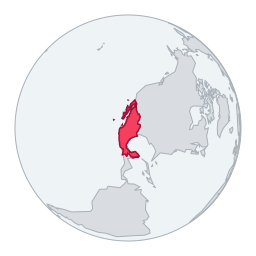 Mexico on an orthographic globe, rotated 64°
{"feature_id": "MEX", "entity_name": "Mexico", "entity_type": "country or territory", "adm_level": 0, "iso_a3": "MEX", "parent_name": "North America", "parent_adm1": "", "projection": "orthographic", "projection_center": [-103.635, 23.63], "detail": "fine", "context": "on_globe", "style": "filled", "palette": "rose", "viewbox_px": 256, "rotation_deg": 64, "n_neighbors": 0, "source": "natural_earth", "source_scale": "50m", "svg_char_len": 14128}
<svg xmlns="http://www.w3.org/2000/svg" viewBox="0 0 256 256"><g transform="rotate(64 128 128)"><circle cx="128" cy="128" r="113" fill="#eef3f6" stroke="#a8b0b8"/><path d="M22.8,166.8L23.1,167.6L22.8,166.8ZM175.9,153.4L173.4,152.7L171.2,156.3L162.2,152.5L158.5,146.5L128.2,138.5L124.6,135.2L123.7,129.6L109.5,111.3L117.5,128.7L112.8,125.4L108.3,119.2L109.9,117.6L105.7,108.5L100.9,104.9L97.6,93.4L101.0,79.2L103.1,81.5L103.7,78.1L101.1,75.1L99.3,74.1L97.9,60.9L90.3,53.8L85.0,54.9L88.4,52.3L76.5,57.0L70.6,56.8L79.1,55.1L81.3,53.5L78.2,52.2L79.8,50.3L79.2,48.7L81.4,46.7L86.2,46.3L87.7,45.1L85.4,44.2L86.1,42.0L89.3,43.3L90.9,39.6L99.3,38.9L106.0,45.4L112.4,44.5L124.0,50.0L124.8,48.3L129.6,49.7L132.3,48.3L133.7,50.1L134.6,47.5L132.8,46.2L132.6,44.8L134.0,43.9L136.0,45.9L135.6,46.6L136.9,46.7L137.4,48.1L137.9,47.0L140.2,49.7L140.0,45.9L143.6,47.1L144.6,49.2L141.7,50.4L136.9,59.5L137.0,62.6L140.0,65.4L151.4,67.3L152.7,70.4L156.4,73.5L157.0,70.9L154.3,67.7L156.3,64.1L152.8,60.9L153.1,59.1L150.5,55.5L153.9,54.6L158.5,55.8L160.8,58.8L162.9,59.5L163.1,55.7L169.6,60.8L178.0,63.4L179.3,65.1L177.7,69.6L171.6,71.7L169.4,78.8L173.9,72.9L177.2,77.7L179.0,78.1L180.6,77.2L180.5,75.0L182.3,76.5L178.6,82.6L176.9,81.3L178.1,79.3L175.3,80.5L172.8,85.2L174.7,87.5L168.9,93.1L170.2,95.0L169.7,97.4L168.0,94.0L170.9,100.5L164.5,109.8L168.2,121.6L161.3,113.3L156.8,113.0L151.6,114.0L152.2,115.9L144.6,115.5L138.9,120.4L138.5,130.1L142.3,137.0L150.6,136.4L152.3,132.0L157.9,130.4L155.5,141.8L165.6,141.7L165.5,149.8L168.6,153.4L173.3,151.4L178.2,152.3L181.1,147.0L186.1,143.2L186.8,149.6L189.1,143.0L192.2,145.3L201.7,141.9L201.1,143.6L209.2,148.2L216.9,148.0L218.7,151.6L217.9,154.8L220.3,154.3L220.3,156.1L228.8,153.2L232.3,154.4L231.5,160.5L227.4,169.9L220.8,185.8L212.7,194.3L208.7,200.4L199.0,210.3L194.3,212.0L193.7,214.7L189.5,217.7L185.9,219.1L183.6,221.5L180.9,222.4L181.5,223.2L174.7,227.1L173.9,228.7L168.4,231.4L167.9,232.2L166.7,232.5L164.8,233.2L163.8,233.7L161.1,233.9L163.0,231.8L165.9,230.2L164.3,230.4L170.7,226.2L168.2,227.4L172.9,221.5L178.7,215.6L186.5,198.3L185.2,195.3L178.5,192.8L170.6,180.5L173.5,174.0L171.5,171.5L178.2,161.4L175.9,153.4ZM44.0,120.8L44.5,118.2L45.3,120.2L44.0,120.8ZM44.0,116.4L44.0,117.3L43.9,116.5L44.0,116.4ZM43.5,115.6L43.9,116.2L43.3,115.8L43.5,115.6ZM42.6,114.9L43.1,115.2L43.0,115.3L42.6,114.9ZM168.5,125.7L180.0,129.1L174.2,131.2L175.2,129.9L172.1,128.1L166.7,127.0L161.4,129.2L168.5,125.7ZM41.5,113.1L41.3,112.5L41.8,112.5L41.5,113.1ZM171.9,118.2L169.9,118.1L171.7,117.7L171.9,118.2ZM98.2,74.0L100.9,75.3L102.6,78.8L100.2,77.9L98.2,74.0ZM95.2,67.8L96.9,67.7L96.1,71.0L95.3,70.0L95.2,67.8ZM80.9,56.3L82.8,56.9L80.4,57.0L80.9,56.3ZM78.7,48.9L77.6,49.3L77.8,48.3L78.7,48.9ZM148.9,56.3L149.7,56.0L149.7,56.8L148.9,56.3ZM147.0,55.2L146.5,56.5L145.5,56.2L145.9,55.4L147.0,55.2ZM81.3,44.4L81.8,42.9L82.1,44.4L81.3,44.4ZM147.9,53.8L143.9,55.5L142.2,54.9L142.1,51.6L147.9,53.8ZM82.7,41.9L83.9,38.4L81.7,39.0L88.7,35.5L85.3,39.5L86.0,41.1L84.3,40.9L82.7,41.9ZM131.6,46.2L133.6,47.5L130.7,47.3L131.6,46.2ZM129.8,46.4L121.1,48.2L118.9,46.1L122.2,45.8L118.3,43.8L121.5,41.9L124.4,42.5L125.2,44.2L125.8,42.2L129.8,46.4ZM92.4,34.3L93.4,33.5L93.2,34.3L92.4,34.3ZM132.3,44.1L130.7,44.6L128.7,42.7L131.4,41.5L131.2,42.5L132.3,44.1ZM115.7,44.4L114.7,42.9L117.0,40.9L116.9,40.0L121.4,41.6L115.7,44.4ZM132.4,42.5L132.9,40.9L135.1,41.1L133.7,43.6L132.4,42.5ZM127.0,42.8L126.2,41.9L127.5,42.0L127.0,42.8ZM143.3,41.2L141.5,41.6L140.3,40.6L143.3,41.2ZM132.9,40.3L132.2,40.3L131.5,40.0L132.3,39.1L132.9,40.3ZM122.7,40.2L123.9,39.7L121.0,39.4L122.6,38.0L125.3,39.4L124.8,38.2L125.3,37.8L127.0,39.4L122.7,40.2ZM131.0,37.3L135.0,38.9L138.6,38.3L139.8,39.1L133.7,40.0L131.0,37.3ZM128.5,38.4L130.3,37.9L130.9,39.0L130.0,40.1L128.5,38.4ZM122.8,36.6L119.6,38.4L119.1,38.0L122.8,36.6ZM132.0,36.9L131.0,36.6L132.2,36.7L132.0,36.9ZM125.5,36.4L124.4,37.0L123.9,36.6L125.5,36.4ZM129.9,35.4L131.2,35.9L130.6,36.6L129.9,35.4ZM127.8,35.7L127.3,35.0L129.6,36.5L127.4,36.0L127.8,35.7ZM125.1,35.9L124.5,35.9L125.7,35.7L125.1,35.9ZM131.3,32.7L134.4,34.5L133.1,36.0L130.3,34.0L131.3,32.7ZM164.9,233.9L161.0,234.1L163.5,233.9L167.2,232.5L168.6,232.6L164.9,233.9ZM174.9,229.7L178.1,228.3L178.3,228.4L176.2,229.4L174.9,229.7ZM202.7,43.7L202.4,43.5L206.8,48.0L216.5,59.2L218.2,62.2L217.8,63.1L210.1,55.1L207.2,49.4L204.4,47.0L201.4,45.8L200.8,44.3L199.2,43.3L197.8,41.3L192.2,37.0L190.2,35.1L184.6,32.1L182.8,30.9L186.6,32.9L188.2,33.5L182.8,29.6L180.7,28.5L177.6,27.0L176.5,26.4L174.1,25.5L169.3,23.3L173.2,25.3L169.5,24.2L164.8,22.4L164.3,22.5L172.0,25.5L174.4,26.4L175.4,26.5L182.7,29.9L185.3,31.6L180.3,29.8L183.4,32.2L178.2,30.1L160.7,22.7L155.1,20.6L153.0,18.6L156.2,19.3L158.6,20.2L159.5,20.0L157.9,19.7L157.0,19.3L153.3,18.5L152.5,18.2L150.4,18.1L148.9,17.7L150.3,17.8L143.6,16.7L139.8,16.1L138.7,16.0L133.7,15.6L133.1,15.6L134.5,15.7L134.2,15.9L131.7,16.2L130.1,16.0L130.8,15.8L130.0,15.4L132.0,15.4L131.8,15.4L140.5,16.1L149.0,17.3L157.5,19.3L165.7,21.9L173.7,25.1L181.5,28.9L189.0,33.3L196.0,38.2L202.7,43.7ZM130.9,15.4L129.0,15.4L130.0,15.8L129.0,16.1L128.0,15.8L128.3,15.9L127.3,16.0L124.8,15.9L125.7,16.3L116.7,18.7L111.1,19.2L111.3,18.4L103.4,20.9L97.7,22.0L98.9,22.1L96.0,23.7L97.7,23.4L98.1,23.6L91.4,28.6L88.6,29.9L87.1,32.8L87.8,32.9L89.8,32.1L88.7,35.5L81.7,39.0L80.6,38.5L77.0,41.3L75.0,39.9L71.6,40.3L71.5,37.6L68.9,38.5L67.8,39.5L63.3,41.7L58.1,43.1L67.3,37.2L76.1,35.7L72.9,35.7L75.1,34.5L74.9,33.7L72.5,34.1L71.4,34.9L75.1,30.0L72.4,30.2L69.0,32.5L65.5,34.7L60.0,38.2L66.9,33.4L74.1,29.1L81.7,25.3L89.5,22.1L97.5,19.6L105.7,17.6L114.1,16.2L122.5,15.5L130.9,15.4ZM239.8,114.5L239.8,114.2L236.7,104.8L235.0,97.8L232.3,92.0L218.6,62.8L218.2,61.2L213.3,54.5L218.5,61.0L223.2,67.8L227.4,75.0L231.0,82.5L234.1,90.3L236.6,98.2L238.5,106.3L239.8,114.5ZM226.3,74.8L227.4,76.6L226.3,74.8ZM202.0,141.7L203.2,142.6L201.8,143.1L202.0,141.7ZM173.9,134.0L176.1,133.7L177.4,134.4L175.8,135.1L173.9,134.0ZM191.6,129.6L193.9,129.5L191.7,130.8L191.6,129.6ZM181.7,129.4L189.7,130.0L185.3,133.2L180.1,132.9L183.4,131.5L181.7,129.4ZM171.7,122.2L173.1,122.4L173.0,123.7L171.7,122.2ZM173.2,117.9L172.6,118.1L171.7,117.3L173.2,117.9ZM177.4,77.3L177.8,76.9L179.6,76.5L179.1,77.6L177.4,77.3ZM185.0,70.0L187.7,72.6L185.5,71.4L185.4,73.2L180.7,73.1L179.8,65.9L181.0,69.1L185.0,70.0ZM174.1,71.4L177.2,72.0L173.8,71.7L174.1,71.4ZM192.0,40.6L192.7,40.3L195.0,41.8L197.5,45.1L194.2,42.8L192.0,40.6ZM193.1,39.6L187.4,37.4L185.6,35.6L187.6,36.9L187.0,35.9L190.0,37.9L193.8,38.6L196.0,40.1L199.5,44.8L197.1,42.3L196.6,42.6L193.1,39.6ZM176.2,37.7L173.7,37.5L173.0,33.7L175.4,34.4L178.1,37.4L176.8,38.4L176.2,37.7ZM148.6,47.9L147.7,48.6L147.1,48.0L147.4,46.9L148.6,47.9ZM142.5,41.5L151.9,44.4L151.3,45.3L157.5,46.3L158.4,49.2L154.4,48.3L159.7,51.5L156.5,51.8L160.2,53.8L151.2,51.6L148.5,52.4L151.2,50.4L150.4,47.8L149.2,46.8L144.0,44.8L137.7,45.4L136.0,43.1L136.4,41.4L137.6,40.9L138.4,42.5L139.5,40.7L141.5,42.6L142.5,41.5ZM142.1,26.4L142.5,27.7L145.0,25.8L147.1,27.2L147.3,26.9L149.8,27.7L153.3,28.3L153.8,29.1L154.9,29.0L156.6,29.7L158.3,29.9L159.9,31.4L162.1,31.8L161.5,32.3L164.9,32.7L163.1,33.1L165.2,34.3L165.8,33.3L170.0,42.4L173.1,46.4L176.8,49.7L173.1,50.4L167.4,47.9L161.3,44.2L158.8,40.4L157.6,41.6L156.0,40.2L157.6,39.9L154.3,39.6L153.4,38.4L147.9,36.1L143.6,36.7L141.5,36.0L142.8,35.2L139.8,35.1L140.7,33.1L139.3,32.6L138.7,30.4L142.0,29.3L140.1,28.8L139.6,27.3L142.1,26.4ZM131.3,32.1L134.8,30.1L137.6,30.0L137.4,34.1L138.6,34.8L138.5,37.7L134.4,37.9L134.8,37.0L134.3,36.2L135.8,36.5L134.1,35.7L134.6,34.5L133.5,33.6L134.9,33.2L131.3,32.1ZM207.6,48.3L207.0,47.7L206.4,47.2L207.6,48.3ZM205.8,46.5L205.2,46.0L203.8,44.7L205.6,46.3L205.8,46.5ZM185.6,32.1L184.4,31.3L185.0,31.5L186.5,32.4L185.6,32.1ZM150.1,22.3L149.8,22.8L149.1,22.6L146.5,23.2L144.7,22.4L145.6,21.7L150.1,22.3ZM147.8,21.5L146.9,21.8L146.6,21.2L147.8,21.5ZM143.4,21.9L142.7,21.2L144.2,22.4L143.4,21.9ZM131.8,17.1L137.4,17.0L140.2,16.9L140.0,16.5L142.6,17.2L138.3,17.4L131.8,17.1ZM118.8,18.4L119.0,19.1L117.3,19.1L117.0,18.9L118.8,18.4ZM120.0,18.6L123.2,18.9L122.3,19.5L119.9,19.1L120.0,18.6ZM135.6,19.5L137.4,19.5L137.6,19.9L135.6,19.5ZM22.6,167.3L23.4,169.2L22.9,168.4L22.6,167.3ZM23.1,167.6L22.5,166.7L22.8,166.8L23.1,167.6ZM54.8,42.4L56.2,41.3L52.9,44.2L51.3,45.6L51.0,45.7L54.8,42.4ZM56.1,41.4L57.8,40.0L66.8,34.0L67.9,33.6L59.3,39.2L60.5,38.2L58.9,39.3L56.1,41.4ZM92.4,33.5L93.3,33.5L92.1,34.0L92.4,33.5ZM99.2,23.4L99.5,23.7L98.0,24.2L99.2,23.4ZM99.5,25.0L101.0,24.2L100.1,25.2L99.5,25.0ZM104.0,22.6L101.8,24.0L103.0,22.6L104.0,22.6Z" fill="#d9dde1" stroke="#a8b0b8" stroke-width="1"/><path d="M105.8,109.5L109.8,109.5L109.5,109.9L115.6,112.6L120.3,112.8L120.4,111.9L123.3,112.0L123.8,112.6L124.0,112.7L124.8,113.6L125.8,114.4L126.2,115.2L126.2,115.5L126.3,115.8L126.7,116.3L127.4,116.8L127.6,116.9L128.6,117.5L128.9,117.4L129.3,117.0L129.5,116.2L130.0,115.9L130.3,115.7L130.8,115.9L131.5,115.9L132.9,117.1L133.7,118.4L133.8,118.7L134.1,119.0L134.7,119.9L135.2,120.2L135.2,120.6L135.3,120.9L135.3,121.2L135.7,121.7L136.0,122.3L136.6,122.5L137.3,122.8L138.3,123.1L138.7,123.1L139.0,123.4L139.2,123.2L139.4,123.2L139.4,123.6L138.9,125.0L138.7,126.3L138.6,127.5L138.6,129.1L138.5,129.8L138.5,130.0L138.7,130.8L139.0,131.3L139.5,131.8L139.4,132.4L139.3,132.2L139.4,131.8L139.0,131.4L138.7,130.9L138.9,131.8L139.2,132.0L139.8,133.3L139.8,133.5L141.2,135.1L141.6,136.1L142.2,136.6L142.3,136.9L142.6,137.1L142.3,137.0L142.9,137.3L143.0,137.3L142.7,137.1L143.0,137.2L143.7,137.2L144.0,137.5L144.4,137.5L144.9,138.2L145.1,138.2L145.6,138.1L146.7,137.5L147.5,137.5L147.9,137.4L148.1,137.3L148.2,137.1L148.7,136.9L149.6,136.8L149.6,137.1L149.9,137.2L150.4,137.2L150.8,136.8L150.8,136.6L150.7,136.5L150.7,136.3L150.5,136.5L150.5,136.3L151.4,135.8L151.7,135.3L151.7,134.6L152.1,134.1L152.0,132.9L152.2,132.0L153.1,131.4L154.7,131.0L155.4,130.6L156.2,130.4L157.6,130.6L157.7,130.4L157.3,130.4L157.8,130.2L157.9,130.3L158.3,130.5L158.4,130.9L158.5,131.1L158.3,131.8L157.8,132.4L157.5,133.0L157.5,133.3L157.5,133.7L157.3,133.9L157.1,134.2L157.2,134.4L157.6,134.3L157.5,134.5L157.3,134.8L157.5,134.9L157.4,135.8L157.2,136.1L157.2,136.7L157.0,136.9L156.9,136.6L156.7,136.5L156.7,136.0L156.7,135.8L156.4,136.1L156.3,136.6L155.9,136.7L155.8,137.0L155.4,137.7L155.3,137.8L155.0,137.7L154.8,137.7L154.8,138.0L151.5,138.4L151.5,139.5L150.8,139.5L151.6,140.2L152.1,140.5L152.3,140.9L152.7,141.0L152.7,141.7L150.3,141.9L149.5,143.5L149.8,143.9L149.7,144.1L149.6,144.4L149.7,144.6L149.5,144.9L148.4,143.9L147.7,143.3L146.3,142.2L145.4,141.8L145.3,142.0L145.7,142.1L146.1,142.3L145.2,142.0L144.9,142.0L145.0,141.8L144.9,141.7L144.6,141.9L144.6,141.7L144.4,141.6L144.2,141.9L144.6,142.0L144.0,142.1L143.4,142.6L142.8,142.8L142.0,143.2L141.5,143.3L140.9,143.2L140.2,142.9L139.1,142.8L138.4,142.4L137.6,142.2L137.2,141.8L135.4,141.5L134.8,141.1L133.2,140.6L132.2,140.0L132.0,139.8L131.8,139.7L131.2,139.1L130.7,139.1L129.7,138.9L128.4,138.4L127.5,137.4L126.6,136.9L125.6,136.5L125.3,136.0L124.9,135.7L124.6,135.2L124.3,134.3L124.5,134.1L124.8,134.1L125.0,134.0L125.0,133.8L124.9,133.6L124.6,133.6L125.1,132.9L125.1,132.2L124.7,131.9L124.3,131.2L124.3,130.5L124.1,129.9L123.0,128.8L122.7,128.3L122.1,127.4L120.6,126.2L121.0,126.5L121.1,126.2L120.5,126.1L120.3,125.9L120.2,125.8L120.2,125.6L119.7,125.0L120.0,125.1L119.6,124.8L119.0,124.4L118.9,124.3L118.9,124.1L118.4,124.2L118.5,124.0L118.7,123.7L118.5,123.9L118.2,124.0L118.0,123.9L117.8,123.7L117.8,123.1L118.2,122.6L118.3,122.7L118.2,122.5L118.1,122.1L117.7,121.7L117.3,121.7L117.1,121.4L117.0,121.0L116.4,120.8L116.1,120.5L115.9,120.2L115.9,119.8L116.0,119.4L115.7,119.3L115.4,119.3L115.0,119.1L114.8,118.8L114.5,118.3L114.1,118.1L113.7,117.4L113.4,117.0L113.3,116.5L113.1,116.3L113.0,115.9L112.6,115.0L112.5,114.4L112.1,113.7L112.1,113.4L112.1,113.1L112.1,112.9L112.2,112.7L111.3,112.3L111.3,112.1L111.1,111.9L110.8,111.7L110.7,111.9L109.3,111.1L109.4,111.3L109.4,111.6L109.3,111.8L109.2,112.5L109.4,112.9L109.4,113.3L109.5,113.8L109.4,114.3L109.5,114.8L109.8,115.1L110.1,115.4L110.7,116.1L111.1,116.7L111.1,117.0L111.3,117.0L111.4,117.3L111.6,117.3L111.7,117.9L112.1,118.1L112.1,118.3L112.2,118.5L112.2,118.9L112.2,119.3L112.5,119.6L112.9,119.9L113.1,120.6L113.4,120.8L113.4,121.0L113.6,121.3L113.6,121.6L113.8,121.8L113.7,121.4L113.7,121.2L114.1,121.6L114.1,121.8L114.3,122.0L114.5,122.7L114.5,123.4L114.7,123.8L114.9,123.9L115.1,124.7L115.5,125.3L115.3,125.8L115.4,126.3L115.6,126.6L115.9,126.6L115.9,126.8L116.1,126.6L116.0,126.4L116.6,126.7L116.9,127.2L117.1,127.4L117.1,127.7L117.4,127.8L117.6,128.1L117.4,128.7L116.8,129.1L116.5,129.2L116.4,129.0L116.2,128.3L115.9,127.8L115.4,127.5L114.8,126.7L114.1,126.2L113.7,125.8L113.4,125.8L113.4,125.5L113.0,125.2L112.9,124.8L113.1,123.9L113.0,123.1L112.6,122.5L112.2,122.2L111.6,121.7L111.4,121.4L111.4,120.9L111.2,121.2L110.9,121.2L110.6,121.3L110.2,120.8L109.9,120.7L109.2,120.2L109.1,119.8L108.4,119.2L108.3,118.9L109.1,119.1L109.3,119.1L109.6,119.0L109.8,119.4L109.8,119.1L109.8,118.9L109.6,118.9L109.8,118.7L110.0,118.3L110.1,117.9L110.0,117.6L108.8,116.0L108.4,115.8L107.6,115.1L107.5,114.8L107.4,114.7L107.5,114.0L107.4,113.9L107.2,113.8L107.2,113.0L106.8,112.7L106.8,112.2L106.4,111.5L106.4,111.2L106.5,111.1L106.5,110.9L106.2,110.6L106.1,110.2L105.9,109.9L105.8,109.5ZM113.3,117.0L113.2,117.5L112.8,117.3L112.9,116.7L113.0,116.6L113.3,117.0ZM111.7,116.8L111.5,116.7L111.2,116.3L111.1,116.1L111.1,115.7L111.3,115.9L111.4,116.2L111.7,116.3L111.7,116.8ZM158.6,132.2L158.3,132.8L158.2,132.6L158.2,132.4L158.3,132.3L158.6,132.2ZM113.0,125.8L112.8,125.5L112.8,125.4L112.6,125.3L112.7,124.9L112.9,124.3L112.8,125.2L113.0,125.8ZM108.2,118.3L108.1,118.5L107.8,118.4L108.0,118.2L108.0,117.9L108.2,118.3ZM103.1,116.3L102.9,115.9L103.0,115.8L103.1,116.3ZM113.6,126.1L113.1,125.8L113.3,125.8L113.6,126.1ZM122.8,131.9L122.7,132.1L122.5,131.7L122.7,131.8L122.8,131.9ZM115.7,125.0L115.5,124.8L115.7,125.0ZM114.9,122.9L114.9,123.1L114.6,123.3L114.7,122.9L114.9,122.9ZM114.5,137.3L114.4,137.3L114.2,137.2L114.4,137.0L114.5,137.3ZM150.1,136.8L149.9,136.8L150.3,136.6L150.1,136.8ZM117.0,126.7L116.8,126.6L116.8,126.4L117.0,126.7L117.0,126.7Z" fill="#f43f5e" stroke="#9f1239" stroke-width="1.5"/></g></svg>